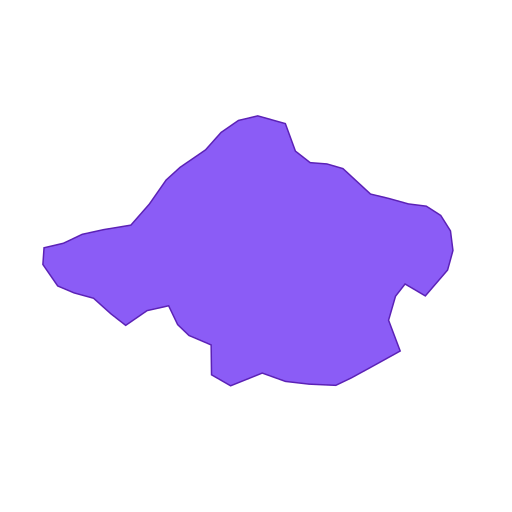 Kioneli, Cyprus (Albers equal-area conic projection), rotated 308°
{"feature_id": "46923920B14813142167534", "entity_name": "Kioneli", "entity_type": "district", "adm_level": 2, "iso_a3": "CYP", "parent_name": "Cyprus", "parent_adm1": "", "projection": "albers", "projection_center": [33.295, 35.224], "detail": "fine", "context": "isolated", "style": "filled", "palette": "violet", "viewbox_px": 512, "rotation_deg": 308, "n_neighbors": 0, "source": "geoboundaries", "source_scale": "gbopen_adm2", "svg_char_len": 792}
<svg xmlns="http://www.w3.org/2000/svg" viewBox="0 0 512 512"><g transform="rotate(308 256 256)"><path d="M138.1,315.9L167.6,333.0L175.3,356.4L187.7,376.7L203.2,398.5L218.7,406.2L240.5,415.6L269.9,428.1L287.0,400.0L310.2,390.7L325.7,390.7L328.8,414.0L362.9,415.6L371.6,412.0L381.6,407.8L395.5,393.8L401.7,376.6L400.1,359.5L390.8,343.9L383.1,325.2L375.3,308.1L378.4,270.7L372.2,255.2L362.9,241.2L362.9,222.5L378.4,197.6L376.9,194.0L367.5,171.1L352.0,158.7L331.9,152.4L308.6,150.9L279.2,141.6L260.6,138.4L231.2,140.0L203.3,138.4L183.1,119.8L166.1,105.7L147.5,96.4L132.0,83.9L118.1,93.3L110.3,118.2L114.9,135.3L122.7,154.0L121.1,177.3L121.1,196.0L145.9,203.8L163.0,217.8L153.7,236.5L152.1,252.1L158.3,275.4L135.0,294.1L138.1,315.9Z" fill="#8b5cf6" stroke="#5b21b6" stroke-width="1.5"/></g></svg>